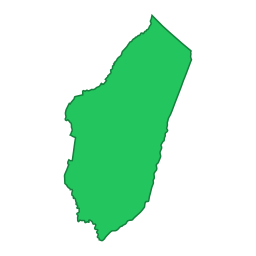 the district of Cai Nuoc, Cà Mau, Vietnam
{"feature_id": "81297802B26446696948049", "entity_name": "Cai Nuoc", "entity_type": "district", "adm_level": 2, "iso_a3": "VNM", "parent_name": "Vietnam", "parent_adm1": "Cà Mau", "projection": "robinson", "projection_center": [105.034, 9.008], "detail": "fine", "context": "isolated", "style": "filled", "palette": "green", "viewbox_px": 256, "rotation_deg": 0, "n_neighbors": 0, "source": "geoboundaries", "source_scale": "gbopen_adm2", "svg_char_len": 5664}
<svg xmlns="http://www.w3.org/2000/svg" viewBox="0 0 256 256"><path d="M152.0,15.4L151.4,18.3L151.2,19.2L151.0,19.7L150.6,20.4L150.4,21.2L150.5,21.8L150.8,22.3L151.0,22.7L151.1,23.2L151.1,23.8L150.7,24.7L150.3,25.4L149.6,26.1L149.1,27.4L148.7,28.4L148.3,29.0L148.0,29.3L147.3,29.6L146.7,29.9L146.2,30.9L146.0,31.0L145.8,31.1L145.1,31.3L144.8,31.6L144.5,31.9L144.0,32.8L143.5,33.4L143.3,33.6L143.0,33.7L142.6,33.3L142.3,33.1L141.9,33.0L141.3,33.1L141.0,33.2L140.1,34.8L139.9,35.0L139.5,35.4L139.2,35.5L138.4,35.5L138.1,35.7L137.0,36.7L136.6,37.1L135.6,37.2L135.3,37.5L134.9,38.3L134.7,38.4L133.8,38.8L133.4,39.0L132.5,40.0L131.6,41.4L131.1,41.7L130.1,42.0L129.7,42.3L128.9,43.7L128.1,44.7L127.2,46.2L126.6,47.0L122.4,51.5L122.2,52.1L121.9,52.9L121.6,54.1L121.2,55.1L120.9,55.6L120.2,56.3L119.1,57.0L117.8,58.2L117.3,58.8L116.5,60.6L116.0,61.1L115.1,61.8L114.5,62.5L114.8,62.9L113.7,63.9L114.2,64.7L112.6,66.1L112.5,68.5L112.2,69.0L111.6,69.5L110.7,69.9L110.7,70.2L110.7,70.5L110.7,71.0L111.0,72.1L111.0,72.5L110.9,72.9L110.4,73.5L107.8,75.9L107.9,76.7L105.3,79.3L106.5,80.7L103.6,84.2L103.1,84.3L102.9,84.0L102.7,83.9L102.4,84.0L102.0,84.3L101.9,84.1L101.4,83.4L101.1,83.6L100.4,85.0L99.8,85.8L99.1,86.5L96.6,87.5L94.9,89.0L94.3,89.3L93.5,89.5L93.1,89.6L92.2,89.5L91.4,89.5L91.1,89.7L90.4,90.2L89.3,90.6L88.7,90.8L87.9,90.7L87.2,90.3L87.0,90.2L86.4,90.4L85.4,91.1L85.1,91.2L84.6,91.1L83.8,90.6L83.6,90.6L82.7,91.1L82.8,94.8L76.0,96.4L74.9,96.7L74.6,97.1L74.1,98.9L71.5,102.0L70.1,104.0L69.3,103.4L68.8,104.3L66.3,109.4L65.9,110.7L65.4,113.0L65.5,114.0L65.6,114.9L65.9,116.0L66.0,116.6L65.9,117.2L65.6,118.3L65.2,118.8L65.3,119.4L65.4,119.9L65.5,120.0L66.3,120.5L66.6,120.5L66.9,120.3L67.6,119.7L67.8,119.8L68.0,119.9L68.2,120.1L68.5,120.6L69.0,120.9L69.3,121.3L70.1,122.5L70.3,122.6L70.5,122.7L70.7,122.9L71.1,123.2L71.3,123.7L71.3,124.0L71.5,125.8L71.4,127.0L71.5,127.4L71.8,128.0L72.0,128.9L72.2,129.7L72.1,130.7L72.0,131.1L71.4,132.1L71.3,132.8L71.1,133.4L70.2,135.0L70.6,135.1L71.6,135.7L72.7,136.4L74.1,137.0L75.3,137.4L75.5,137.5L75.5,138.0L74.6,143.7L73.6,151.2L72.3,160.6L70.4,160.7L70.0,160.5L68.9,159.8L68.3,161.0L67.9,161.9L67.8,162.8L67.8,163.3L67.9,163.8L68.8,164.6L67.7,167.3L66.6,170.3L66.0,171.5L64.8,174.4L64.5,175.7L64.5,176.5L64.6,177.1L64.6,177.5L64.9,183.5L66.9,185.3L66.9,185.6L67.0,185.8L67.5,186.6L67.9,187.1L69.1,188.1L69.8,188.5L70.1,189.0L70.3,189.3L70.3,189.7L72.0,189.5L72.3,190.0L72.5,190.6L71.9,192.9L71.8,194.1L71.9,194.7L72.0,195.2L72.9,195.9L73.2,196.2L73.4,196.6L73.5,196.9L73.3,197.5L73.3,197.9L73.5,198.3L74.1,198.0L74.4,198.0L74.5,198.1L75.0,198.6L75.3,199.1L75.8,201.2L75.9,201.7L76.0,202.1L76.2,202.3L76.7,202.9L76.8,203.1L76.6,203.5L76.1,203.7L76.1,204.1L76.1,204.4L76.3,204.6L77.0,204.9L77.3,205.2L77.6,205.7L77.7,206.0L77.6,206.4L77.5,206.8L77.0,207.5L76.9,207.7L77.0,208.0L77.2,208.3L77.5,208.3L78.3,208.2L78.8,208.2L79.2,208.5L79.1,210.0L79.2,211.3L79.2,211.7L79.0,212.1L78.6,212.5L77.3,213.2L77.0,213.4L76.9,213.8L76.9,214.1L77.1,214.5L77.8,215.2L78.0,215.5L78.0,216.2L77.6,217.2L77.6,217.7L77.7,219.5L77.7,220.3L77.8,220.8L78.1,221.4L78.2,221.5L78.6,221.6L78.9,221.4L79.5,220.4L79.7,220.2L80.0,220.1L80.3,220.2L80.7,220.4L81.8,220.6L84.1,220.5L84.4,220.6L84.6,220.8L84.9,222.2L85.1,222.5L85.3,222.6L85.6,222.6L87.1,221.9L87.5,221.8L88.1,222.1L88.4,222.1L88.7,222.2L89.0,222.1L89.1,221.9L88.8,220.8L88.8,220.5L88.8,220.3L89.0,220.1L89.9,220.1L90.7,220.5L92.2,221.9L92.5,222.5L92.9,223.7L93.1,224.0L93.3,224.1L93.6,224.1L94.0,224.1L94.9,224.0L95.4,224.2L95.7,224.7L95.7,225.0L95.7,225.6L94.7,228.0L94.7,228.4L94.8,228.8L95.0,229.1L95.6,229.4L96.4,229.5L97.3,229.6L97.7,229.9L97.8,230.2L97.8,230.4L97.7,230.7L96.8,231.8L96.7,232.0L96.7,232.3L96.9,232.8L98.1,234.1L98.2,234.4L98.2,234.7L98.2,235.1L97.5,236.4L97.4,236.7L97.4,237.0L97.5,237.3L97.7,237.5L98.7,238.0L99.0,238.3L99.1,238.5L99.2,238.9L99.2,239.8L100.0,240.0L101.4,240.6L102.1,240.6L102.6,240.5L104.4,238.9L105.3,237.5L106.5,236.0L110.4,232.0L111.2,231.4L111.9,231.0L112.5,230.8L113.7,230.8L115.4,230.7L116.4,230.4L117.7,229.5L119.9,227.1L120.5,226.6L121.4,226.3L122.1,226.2L122.4,225.7L122.9,225.3L125.3,224.1L125.9,223.6L126.6,222.4L127.3,221.4L127.8,220.9L128.5,220.6L129.4,220.3L131.7,220.1L132.4,219.8L132.7,219.6L133.3,218.7L134.6,217.4L140.4,212.2L141.9,210.5L144.3,207.4L144.6,206.6L144.9,203.7L145.2,202.7L145.7,202.1L146.2,201.6L146.5,201.5L147.4,201.5L147.9,201.5L148.3,201.3L148.6,201.0L148.8,200.2L149.6,195.7L150.0,194.5L150.3,193.5L151.3,189.2L152.0,186.7L153.2,183.8L153.3,183.5L153.4,182.8L153.3,181.8L153.2,181.1L153.2,180.3L153.5,179.6L154.1,178.5L154.2,178.2L154.3,177.3L154.2,176.1L154.0,174.6L154.0,173.8L154.2,173.1L155.2,171.6L156.1,170.5L156.5,169.9L156.7,169.2L156.8,168.5L156.7,167.7L156.3,165.5L156.3,165.0L156.4,164.5L157.0,163.9L157.8,163.2L158.1,162.8L158.4,162.3L159.2,160.4L160.6,156.9L160.6,156.3L160.6,155.5L160.1,153.5L160.0,152.7L160.2,151.6L161.6,148.3L161.6,147.9L161.6,147.4L161.6,146.9L161.0,145.6L161.1,144.8L161.3,144.3L162.3,142.6L163.0,141.6L163.2,141.3L163.9,140.9L164.1,140.5L164.4,138.3L164.6,137.3L165.0,136.7L165.2,136.1L165.3,135.6L165.1,134.3L165.2,133.9L165.3,133.5L165.4,133.1L166.9,131.8L167.4,131.2L167.6,130.7L167.6,130.2L167.3,129.6L166.7,128.7L166.7,128.4L166.7,128.0L167.4,125.2L167.3,123.2L167.3,122.4L167.8,121.0L168.1,119.5L168.5,118.2L169.8,115.7L170.5,114.5L171.9,111.1L172.8,108.7L174.8,103.3L181.0,87.3L183.6,80.0L184.5,77.9L186.6,72.5L190.6,61.8L191.5,59.7L191.3,59.4L191.0,58.4L190.7,57.2L190.6,56.4L190.7,55.5L190.9,54.5L190.9,54.0L190.9,53.5L190.7,52.7L190.7,52.1L191.1,51.0L190.9,50.8L182.2,43.5L169.0,31.9L162.5,26.0L152.0,15.4Z" fill="#22c55e" stroke="#15803d" stroke-width="1.5"/></svg>